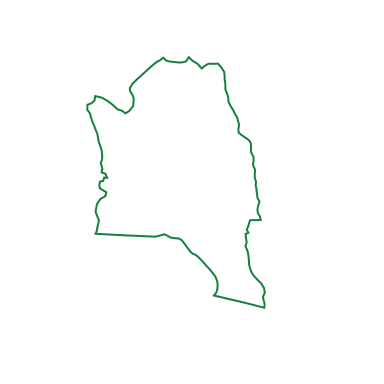 the district of Planalto, São Paulo, Brazil, rotated 321°
{"feature_id": "56859067B8552531389253", "entity_name": "Planalto", "entity_type": "district", "adm_level": 2, "iso_a3": "BRA", "parent_name": "Brazil", "parent_adm1": "São Paulo", "projection": "equal_earth", "projection_center": [-49.934, -21.02], "detail": "fine", "context": "isolated", "style": "outline", "palette": "green", "viewbox_px": 384, "rotation_deg": 321, "n_neighbors": 0, "source": "geoboundaries", "source_scale": "gbopen_adm2", "svg_char_len": 2100}
<svg xmlns="http://www.w3.org/2000/svg" viewBox="0 0 384 384"><g transform="rotate(321 192 192)"><path d="M293.0,108.6L290.1,106.5L285.6,102.7L281.4,102.0L277.3,102.2L276.9,95.5L275.0,90.6L274.3,85.2L269.5,86.8L266.8,85.5L264.4,84.1L261.4,81.2L256.6,76.4L254.7,73.6L254.2,69.6L250.1,69.5L246.0,68.7L240.6,68.7L220.7,69.8L213.9,70.4L208.9,72.2L207.3,74.9L206.8,79.4L205.4,82.9L200.6,88.0L198.1,88.7L194.4,89.5L190.0,89.1L188.5,84.4L186.0,80.6L185.4,75.1L183.5,67.4L181.2,61.8L177.2,56.6L173.7,59.6L169.4,59.7L165.7,58.4L162.4,62.1L162.2,66.6L160.6,70.0L158.5,75.6L157.3,80.1L156.0,83.7L155.0,87.3L153.5,90.0L151.4,93.6L149.8,98.1L147.8,103.1L145.1,107.3L142.6,110.1L139.4,112.1L137.1,117.2L134.1,119.9L136.2,123.4L134.9,127.5L132.8,125.6L129.9,127.5L127.2,126.0L124.4,128.2L122.8,131.0L123.9,134.6L125.3,138.3L121.9,140.7L116.5,139.8L114.0,140.4L110.4,141.7L107.2,144.4L104.5,146.8L101.9,155.4L98.4,158.2L95.9,160.2L93.3,162.5L90.8,163.8L112.2,183.1L135.1,203.4L137.9,204.9L140.7,206.1L144.1,207.6L147.0,214.4L149.8,217.3L152.4,219.7L153.7,222.9L153.6,228.2L153.4,233.2L153.2,237.0L153.7,240.5L155.3,243.1L156.1,247.6L156.5,252.6L156.7,257.9L157.1,262.8L157.1,267.8L157.0,272.3L155.6,276.6L154.2,279.4L151.1,283.0L147.7,285.4L143.9,286.3L162.8,310.6L175.3,327.4L177.9,324.9L179.6,321.1L181.1,318.1L185.2,316.1L187.5,312.1L188.2,306.4L187.5,299.8L187.3,295.1L188.2,290.0L190.7,284.3L193.5,280.5L195.9,276.8L197.9,273.1L199.5,267.7L202.8,265.6L204.8,262.0L207.2,258.3L210.1,259.2L211.0,255.6L213.8,254.2L216.5,252.4L219.3,250.5L221.7,252.1L224.0,254.3L227.8,256.9L229.4,253.7L229.9,249.8L232.1,246.5L235.3,243.9L238.4,242.0L239.0,238.2L241.3,234.3L244.1,230.0L245.8,226.7L248.3,224.2L249.6,220.6L252.2,217.4L255.0,214.4L256.4,209.2L259.6,206.4L261.9,203.4L263.1,197.7L266.0,194.5L268.5,190.9L268.8,187.3L267.7,183.2L266.3,178.8L265.6,175.1L267.7,172.2L270.9,169.5L272.6,165.6L274.0,162.5L274.6,157.9L275.6,153.9L276.1,149.3L277.3,144.4L279.8,141.1L281.2,137.4L282.5,133.3L285.6,129.5L288.2,125.1L291.0,121.5L292.7,118.6L293.2,112.9L293.0,108.6Z" fill="none" stroke="#15803d" stroke-width="2"/></g></svg>